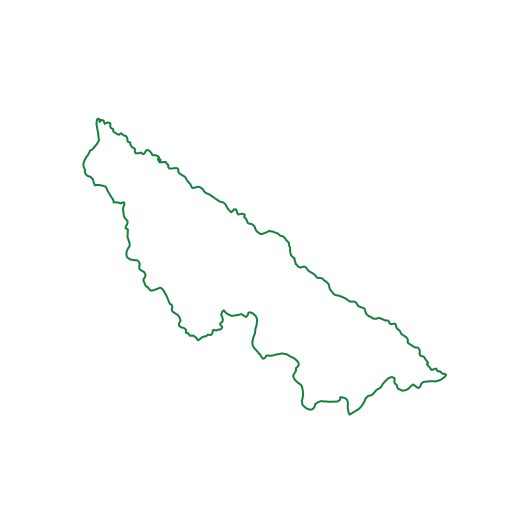 outline of Habero, Anseba, Eritrea, rotated 153°
{"feature_id": "51966322B17309874943213", "entity_name": "Habero", "entity_type": "district", "adm_level": 2, "iso_a3": "ERI", "parent_name": "Eritrea", "parent_adm1": "Anseba", "projection": "albers", "projection_center": [38.311, 16.295], "detail": "fine", "context": "isolated", "style": "outline", "palette": "green", "viewbox_px": 512, "rotation_deg": 153, "n_neighbors": 0, "source": "geoboundaries", "source_scale": "gbopen_adm2", "svg_char_len": 6074}
<svg xmlns="http://www.w3.org/2000/svg" viewBox="0 0 512 512"><g transform="rotate(153 256 256)"><path d="M337.0,207.2L334.4,207.7L332.6,206.3L331.1,206.2L329.5,207.6L328.2,209.2L327.5,209.5L325.2,207.6L323.0,207.6L321.4,206.7L320.2,206.8L319.2,207.3L318.5,207.9L318.4,208.7L319.1,210.9L318.8,211.8L318.3,212.2L316.0,212.6L315.0,213.5L314.3,214.6L313.8,216.8L313.7,219.6L310.9,221.9L309.7,222.2L309.2,221.7L308.7,219.1L307.4,216.8L304.8,213.6L298.4,211.5L295.6,210.9L294.9,210.3L293.3,207.1L292.3,206.2L290.1,207.2L288.6,208.7L288.0,208.9L286.8,208.5L284.7,206.1L283.4,202.3L283.8,199.0L286.8,194.2L289.9,191.1L290.1,190.5L291.9,187.7L295.6,184.4L297.8,181.5L298.2,181.3L299.4,178.4L299.5,176.4L299.3,174.5L298.1,170.1L297.7,167.8L297.2,166.9L296.8,162.5L296.4,161.3L294.4,161.1L292.2,162.4L291.7,162.4L290.0,161.7L288.9,160.7L286.1,159.7L281.9,158.9L279.4,157.9L277.3,157.5L276.4,156.9L273.1,154.3L271.0,150.8L269.3,148.8L268.1,146.9L266.7,142.8L266.7,141.7L267.4,139.5L269.3,138.4L271.3,137.8L272.6,135.5L276.5,133.2L277.6,131.6L277.6,127.8L276.1,123.9L274.4,120.7L274.3,119.3L275.0,116.2L276.3,112.3L278.5,108.9L280.9,106.1L282.0,102.9L281.9,101.6L280.6,97.8L278.0,94.8L276.1,93.9L274.4,94.0L272.4,95.0L270.3,97.2L266.7,97.6L263.6,97.1L261.9,95.7L260.4,95.1L257.2,93.0L249.6,89.4L247.1,89.5L245.6,90.6L245.2,91.7L244.6,91.7L243.4,91.0L241.1,88.7L240.6,87.8L240.2,86.0L240.8,83.4L242.7,80.0L243.6,77.9L244.3,75.6L244.7,72.4L244.5,72.2L233.9,73.0L230.4,74.2L228.3,75.4L225.4,77.2L222.8,79.5L219.6,80.3L215.8,79.6L214.8,79.8L209.3,82.0L205.4,82.1L203.2,83.0L201.6,84.2L197.0,86.0L193.4,87.0L192.2,87.0L189.8,86.4L188.2,84.6L188.3,83.3L189.7,81.5L190.2,80.0L189.1,76.6L189.7,75.4L189.7,73.5L187.0,69.8L185.9,69.1L183.2,68.5L180.5,68.5L177.2,69.7L174.6,70.2L174.2,70.0L173.4,68.6L172.0,65.4L170.8,64.6L169.4,64.9L166.3,67.4L164.0,67.7L158.4,65.7L152.7,62.7L150.1,62.1L147.3,61.9L142.6,62.6L140.6,63.8L141.3,65.2L142.6,65.9L143.6,67.2L144.0,68.6L144.7,70.0L146.0,70.4L146.5,71.0L146.6,73.8L148.2,74.4L150.8,74.5L151.5,75.0L151.7,77.7L152.9,81.6L152.8,82.0L151.5,82.5L151.2,82.9L151.9,87.1L152.0,89.3L152.5,90.5L154.4,92.0L154.8,93.1L154.7,94.7L153.7,95.8L152.9,97.5L153.0,100.0L153.9,101.2L155.8,102.3L159.9,109.1L160.0,110.5L159.3,111.2L158.8,112.3L158.6,113.7L159.0,115.5L161.2,119.2L161.9,120.8L161.8,124.1L163.2,127.2L163.3,128.5L162.6,131.8L162.7,132.3L163.0,132.7L166.9,134.1L167.5,135.4L167.4,137.6L167.9,138.6L168.4,139.1L169.8,139.6L174.0,144.6L175.1,145.1L177.5,145.6L179.3,146.5L180.2,147.4L181.0,149.1L182.7,151.0L183.9,153.7L184.0,155.8L183.2,159.6L184.0,161.2L185.3,162.1L187.7,165.1L187.9,168.4L188.4,170.0L190.0,171.3L192.7,172.5L194.5,175.3L194.8,176.4L197.2,179.7L198.7,181.6L199.7,182.1L200.5,183.6L202.3,184.4L203.5,185.7L204.3,188.1L205.2,193.0L204.1,198.4L205.4,201.9L206.4,203.2L206.9,205.5L208.1,206.7L211.4,208.9L212.3,212.8L213.2,214.6L215.4,218.0L216.2,219.9L216.7,223.1L217.3,224.2L218.5,225.0L221.7,225.5L223.3,227.2L223.6,229.5L224.3,231.1L223.7,232.5L223.6,234.2L222.8,236.3L223.3,236.7L223.4,237.9L224.5,240.6L223.6,244.5L221.9,247.7L221.8,250.1L220.7,252.8L222.0,257.0L222.1,259.0L222.7,260.8L225.1,263.0L226.4,266.2L230.3,270.4L232.0,271.5L232.4,272.1L232.8,272.4L235.6,272.3L240.4,272.8L241.6,273.1L242.3,274.0L244.2,277.7L244.3,281.1L243.9,282.5L244.1,284.0L245.6,286.8L247.4,287.8L248.3,289.2L248.0,293.8L248.7,295.3L248.8,296.2L247.3,297.7L247.4,298.3L249.0,299.9L252.0,300.7L253.1,301.3L253.2,303.0L252.6,305.4L253.0,306.9L254.1,307.5L257.4,306.4L258.2,306.4L258.5,306.8L259.7,311.3L259.9,316.5L261.4,319.3L263.6,320.9L269.5,331.8L272.2,335.1L272.9,337.1L273.0,339.5L274.9,343.2L276.6,344.1L281.5,345.2L282.0,346.5L282.0,350.0L283.2,355.1L283.2,358.1L283.5,359.0L286.3,363.4L287.0,365.2L286.9,366.5L285.9,368.4L285.9,369.2L286.5,370.0L288.0,371.0L292.2,372.5L293.6,373.5L293.8,375.0L292.9,376.9L293.7,379.2L293.7,380.6L294.4,381.1L298.2,382.6L299.5,383.5L299.5,384.1L297.8,384.5L297.4,385.0L297.4,385.4L297.8,385.8L299.4,385.9L299.6,386.3L299.1,387.2L297.7,387.9L297.7,388.7L299.3,391.1L301.9,392.5L302.6,393.1L302.4,395.5L303.6,398.8L304.9,399.8L305.9,399.9L309.1,398.0L310.0,398.0L310.7,398.4L311.6,400.4L314.6,401.0L316.7,402.4L316.6,403.9L315.4,406.2L315.5,406.8L316.9,409.3L317.4,411.2L317.2,412.8L316.6,414.1L318.1,415.7L318.4,416.4L317.2,419.4L317.3,421.6L319.5,424.1L320.1,425.8L320.6,426.6L321.3,426.7L322.3,426.2L323.1,426.3L324.3,427.5L326.6,431.6L325.9,433.5L325.9,434.3L327.0,435.6L327.2,436.6L326.9,437.9L325.7,439.9L325.8,440.7L327.3,442.3L330.6,442.4L330.7,444.4L330.4,445.1L330.4,445.9L331.3,446.9L332.2,447.2L334.3,446.6L334.4,447.1L333.2,448.5L334.6,450.1L335.6,449.7L337.4,447.5L338.4,445.5L341.2,436.3L343.3,430.7L344.0,429.8L347.4,427.8L353.5,425.2L355.8,425.3L359.6,422.4L362.7,421.0L366.5,418.1L368.2,416.3L369.1,413.4L369.2,410.7L370.2,408.9L370.6,406.5L369.9,404.0L367.7,401.9L367.0,400.3L366.5,398.3L367.3,394.8L367.4,392.2L366.8,391.7L366.0,391.7L363.8,390.6L361.6,389.0L358.9,386.6L358.4,385.5L358.6,380.9L358.2,374.4L357.7,370.7L358.5,368.4L355.0,366.6L352.6,364.3L350.0,364.1L349.4,363.7L349.3,363.0L349.6,362.1L352.3,359.4L353.3,357.9L355.1,353.0L355.5,351.9L355.6,349.2L354.7,346.0L354.8,345.1L355.5,343.7L356.3,342.9L358.9,341.1L359.6,340.2L359.2,339.3L358.4,338.3L358.3,337.4L361.8,331.4L362.6,326.1L363.5,323.1L364.3,322.1L366.6,320.8L369.1,318.9L370.9,316.0L371.4,314.1L371.1,312.7L369.8,310.2L366.9,307.9L364.0,306.2L363.6,305.7L363.0,303.7L363.2,301.6L365.1,299.3L365.7,297.4L365.3,296.1L363.0,292.5L362.9,289.6L364.2,287.8L367.1,286.1L367.6,284.8L367.5,282.7L367.9,280.3L367.6,278.5L366.6,277.4L366.1,274.2L365.0,272.7L362.9,272.0L356.7,271.4L355.6,271.0L354.9,270.3L354.2,268.0L353.8,261.5L354.5,252.5L353.3,250.9L353.4,249.7L353.9,248.1L355.4,246.7L355.6,244.9L355.2,243.6L352.3,238.6L352.0,236.5L352.5,232.8L355.0,230.9L355.9,229.7L356.2,228.4L354.8,226.2L353.0,224.6L352.0,222.7L352.1,221.2L353.1,220.1L353.1,219.0L351.6,218.0L351.0,214.9L348.0,213.6L346.3,210.0L346.1,207.7L345.8,207.3L344.5,207.2L341.2,208.1L337.7,207.6L337.0,207.2Z" fill="none" stroke="#15803d" stroke-width="2"/></g></svg>